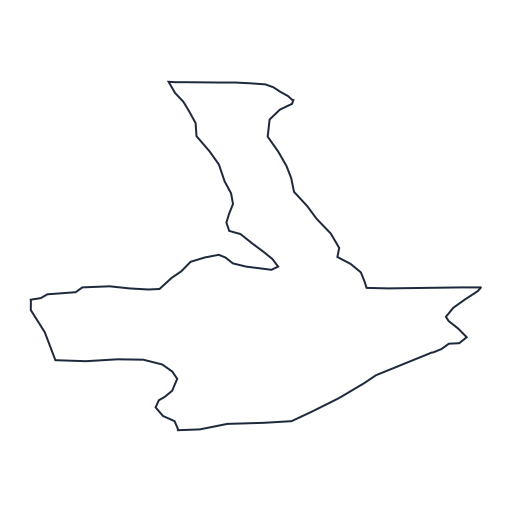 outline of Mora, Dalarna, Sweden
{"feature_id": "70781695B88380498553182", "entity_name": "Mora", "entity_type": "district", "adm_level": 2, "iso_a3": "SWE", "parent_name": "Sweden", "parent_adm1": "Dalarna", "projection": "equal_earth", "projection_center": [14.299, 61.154], "detail": "fine", "context": "isolated", "style": "outline", "palette": "slate", "viewbox_px": 512, "rotation_deg": 0, "n_neighbors": 0, "source": "geoboundaries", "source_scale": "gbopen_adm2", "svg_char_len": 1484}
<svg xmlns="http://www.w3.org/2000/svg" viewBox="0 0 512 512"><path d="M168.6,81.8L175.0,92.9L183.4,101.8L189.0,111.1L195.6,123.1L196.5,136.2L209.6,151.4L218.9,164.5L224.6,181.3L231.1,193.4L233.0,204.0L229.2,213.5L226.4,222.5L229.2,230.9L240.5,234.1L251.8,243.1L264.0,252.2L272.5,259.1L278.1,266.6L271.5,269.8L246.1,266.6L232.9,263.4L225.4,257.5L218.8,254.8L204.7,257.5L190.6,261.8L181.2,271.4L171.7,277.8L159.5,289.0L148.2,289.5L129.3,288.4L109.6,286.3L82.3,287.4L75.7,292.2L62.5,293.2L47.4,294.3L40.8,298.1L30.7,299.7L30.9,300.7L30.8,310.1L44.8,332.3L55.4,360.2L86.0,361.2L117.6,359.3L143.3,359.7L162.3,364.5L172.3,371.6L177.2,378.8L172.2,390.7L164.7,396.9L158.9,400.2L155.6,407.4L163.0,416.0L174.6,421.2L177.9,428.9L177.9,430.2L199.7,429.4L227.2,423.9L264.0,422.8L291.0,421.2L291.4,421.2L311.3,411.9L338.6,398.3L364.1,383.2L376.3,375.0L376.2,374.9L376.5,375.0L431.6,352.6L433.2,352.4L441.3,349.1L448.9,343.7L459.2,343.2L461.5,341.4L466.7,337.2L458.2,328.6L448.7,321.1L445.9,316.8L453.4,307.7L464.6,299.7L477.8,291.1L481.3,287.1L480.6,287.4L461.7,287.4L388.3,288.4L366.6,287.9L366.5,287.6L364.7,282.0L360.9,272.4L350.6,263.9L350.2,263.7L337.4,257.0L339.2,247.9L330.8,233.6L316.6,218.8L307.2,206.1L294.0,191.8L291.2,178.1L286.5,166.0L278.1,151.4L267.7,136.7L269.6,119.5L279.9,109.6L292.1,103.8L293.3,100.1L292.5,100.1L287.9,96.0L280.6,92.0L273.4,87.3L265.5,84.4L250.4,83.3L234.6,82.5L216.2,82.5L185.9,82.2L175.4,82.2L168.6,81.8Z" fill="none" stroke="#1e293b" stroke-width="2"/></svg>